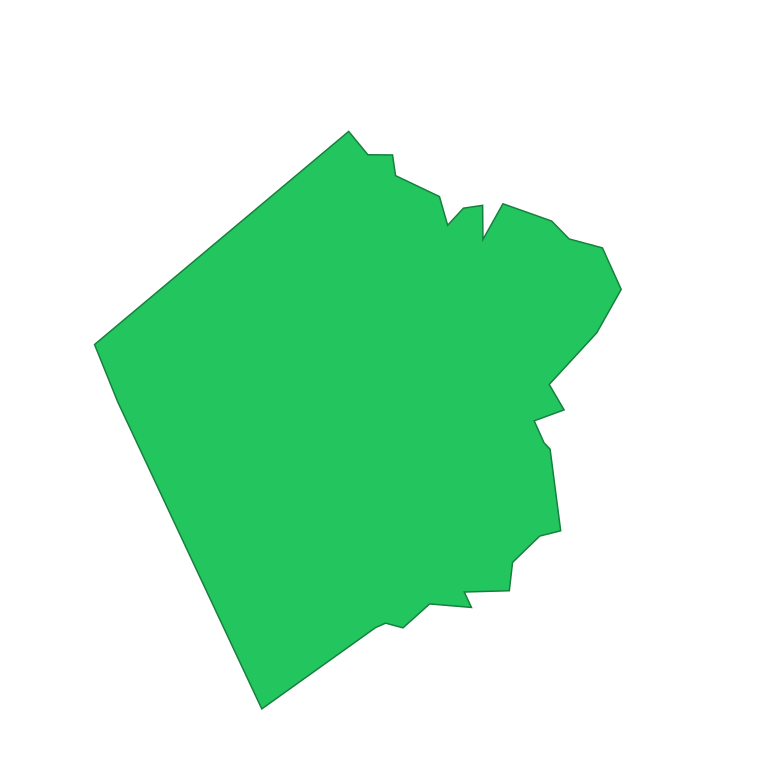 Putnam, Georgia, United States of America, rotated 333°
{"feature_id": "52423323B84138230189423", "entity_name": "Putnam", "entity_type": "district", "adm_level": 2, "iso_a3": "USA", "parent_name": "United States of America", "parent_adm1": "Georgia", "projection": "albers", "projection_center": [-83.3, 33.326], "detail": "fine", "context": "isolated", "style": "filled", "palette": "green", "viewbox_px": 768, "rotation_deg": 333, "n_neighbors": 0, "source": "geoboundaries", "source_scale": "gbopen_adm2", "svg_char_len": 579}
<svg xmlns="http://www.w3.org/2000/svg" viewBox="0 0 768 768"><g transform="rotate(333 384 384)"><path d="M144.0,217.4L138.6,279.4L127.6,618.0L265.9,597.2L276.8,597.8L290.2,609.9L324.8,600.7L360.5,622.8L361.1,605.8L401.8,625.1L417.6,601.3L453.7,590.2L474.8,595.0L502.4,517.5L499.9,509.1L501.1,485.0L532.7,488.8L531.0,459.4L596.8,435.0L638.3,407.4L640.4,361.9L614.8,338.8L607.4,315.0L571.8,277.4L537.8,300.1L553.0,269.6L534.6,263.4L512.8,271.4L518.5,242.2L488.9,203.6L495.6,183.8L473.7,172.4L467.2,142.9L144.0,217.4Z" fill="#22c55e" stroke="#15803d" stroke-width="1.5"/></g></svg>